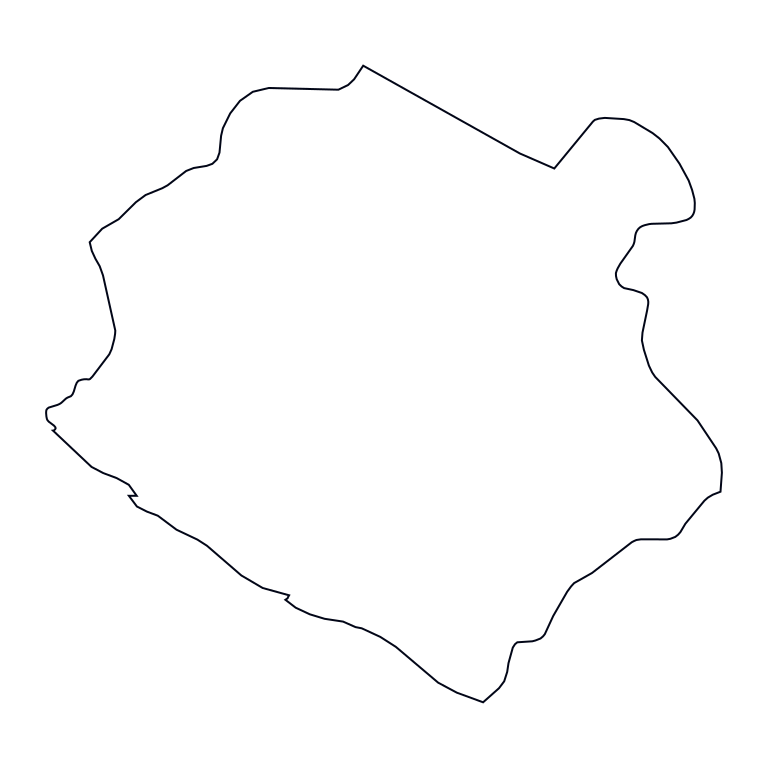 an SVG outline of Sinoe
{"feature_id": "LBR-782", "entity_name": "Sinoe", "entity_type": "County", "adm_level": 1, "iso_a3": "LBR", "parent_name": "Liberia", "parent_adm1": "", "projection": "albers", "projection_center": [-8.843, 5.349], "detail": "fine", "context": "isolated", "style": "outline", "palette": "ink", "viewbox_px": 768, "rotation_deg": 0, "n_neighbors": 0, "source": "natural_earth", "source_scale": "10m", "svg_char_len": 2433}
<svg xmlns="http://www.w3.org/2000/svg" viewBox="0 0 768 768"><path d="M483.1,702.3L456.9,692.7L438.2,682.7L395.9,646.9L380.3,636.9L361.7,628.3L355.5,627.1L343.1,621.6L324.6,618.8L309.8,614.3L295.7,607.7L285.4,599.8L287.3,598.5L287.7,598.1L287.9,597.4L289.1,595.3L262.7,588.0L241.4,575.5L206.9,545.7L197.4,539.6L176.5,529.7L157.8,515.7L146.9,511.6L136.9,506.5L128.9,495.8L136.7,495.8L128.8,484.8L116.7,478.1L103.3,473.1L91.5,466.9L53.0,430.6L53.9,430.5L55.2,429.2L55.6,428.3L55.4,427.3L54.1,425.7L48.8,421.7L48.0,420.8L47.3,419.9L46.9,418.9L46.4,416.5L46.1,413.0L46.2,411.2L46.4,410.0L47.3,408.7L48.7,407.6L57.5,404.9L59.5,404.0L60.8,403.2L61.8,402.4L65.9,398.6L67.5,397.6L70.9,396.2L72.5,394.4L73.8,391.5L75.6,385.5L76.8,382.7L78.4,380.8L81.7,379.7L83.9,379.3L86.4,379.2L88.0,379.4L89.1,379.4L90.0,379.0L92.4,376.6L109.3,354.3L111.6,349.2L114.3,339.0L115.1,333.8L115.3,330.6L103.0,275.4L99.7,266.2L95.4,258.7L91.8,250.9L89.7,242.2L102.2,228.7L118.7,219.2L135.9,202.2L145.6,195.0L162.3,188.2L167.6,185.3L186.1,171.0L193.7,168.0L206.6,165.9L212.4,163.8L217.1,159.3L219.5,152.6L221.1,135.8L222.9,128.2L230.2,113.4L240.0,100.8L252.8,91.8L268.7,88.0L338.4,89.7L348.1,85.0L354.1,79.3L363.2,65.7L519.9,153.5L554.3,168.5L592.9,121.6L594.8,119.9L599.0,118.6L604.8,117.9L623.9,119.1L629.4,120.1L634.1,122.0L652.6,133.1L659.5,138.5L667.9,147.0L679.5,163.7L688.7,180.6L692.1,190.0L694.4,198.8L694.8,203.0L694.6,209.5L694.2,211.7L693.5,213.7L692.4,215.7L690.8,217.5L688.7,218.9L686.5,220.0L676.5,222.6L671.4,223.3L651.8,223.8L649.2,224.1L644.7,225.2L642.4,226.0L640.2,227.2L638.4,228.8L636.9,230.9L635.9,233.0L635.3,235.3L634.4,241.8L633.8,243.8L632.9,245.9L620.3,263.7L617.7,268.3L616.7,270.6L615.9,273.1L616.0,276.0L616.7,279.2L619.2,284.2L621.6,286.5L624.1,288.1L633.4,290.1L641.9,293.0L644.9,295.1L647.0,297.3L647.9,299.4L648.3,301.8L648.2,304.1L647.1,310.5L642.5,332.6L641.9,340.4L643.9,349.8L648.9,365.6L652.2,372.5L655.2,376.9L697.5,420.4L716.2,448.4L718.7,453.5L721.3,463.1L721.9,472.7L720.5,491.7L712.8,494.7L707.9,497.6L704.4,500.7L685.4,523.7L680.4,532.1L678.1,534.7L675.3,536.9L670.4,538.8L667.1,539.4L641.1,539.3L636.4,540.0L634.1,541.0L631.8,542.2L592.0,573.0L574.1,583.1L571.1,586.4L567.2,591.7L553.2,616.0L544.8,634.2L543.0,636.4L540.5,638.5L535.4,640.5L532.3,641.3L517.3,642.3L515.0,644.2L512.8,647.6L508.5,663.1L507.2,671.9L504.2,681.3L499.0,688.2L483.2,702.2L483.1,702.3Z" fill="none" stroke="#020617" stroke-width="2"/></svg>